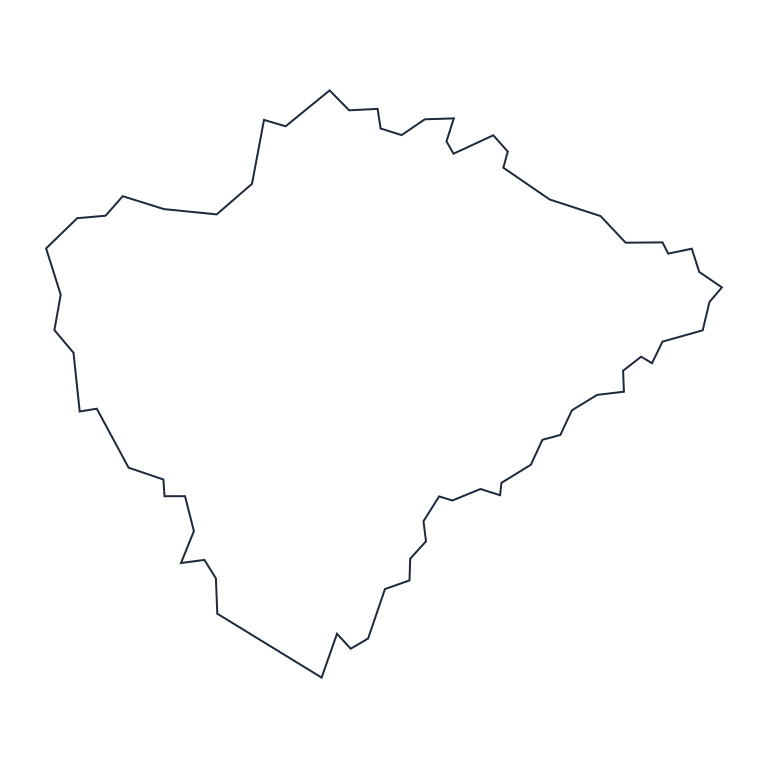 Knox, Kentucky, United States of America (Natural Earth projection)
{"feature_id": "52423323B87116979196195", "entity_name": "Knox", "entity_type": "district", "adm_level": 2, "iso_a3": "USA", "parent_name": "United States of America", "parent_adm1": "Kentucky", "projection": "natural_earth1", "projection_center": [-83.823, 36.871], "detail": "fine", "context": "isolated", "style": "outline", "palette": "slate", "viewbox_px": 768, "rotation_deg": 0, "n_neighbors": 0, "source": "geoboundaries", "source_scale": "gbopen_adm2", "svg_char_len": 959}
<svg xmlns="http://www.w3.org/2000/svg" viewBox="0 0 768 768"><path d="M321.6,677.6L337.0,633.8L350.7,648.7L368.1,638.5L385.0,589.0L409.5,580.4L410.2,558.7L426.0,541.3L423.5,521.2L439.1,496.4L452.4,500.5L480.4,489.0L500.1,495.2L501.4,482.9L530.9,464.7L542.4,439.8L560.4,434.9L571.9,410.3L597.1,394.9L623.9,391.7L623.1,370.7L641.1,356.7L652.0,363.2L662.5,341.6L702.7,330.3L709.5,301.9L721.9,287.4L699.2,271.9L691.8,248.7L668.2,253.6L662.5,242.4L625.6,242.7L600.6,216.1L549.7,199.5L503.3,167.7L507.8,151.6L493.3,135.3L453.5,153.7L446.5,141.4L453.8,118.4L424.8,119.3L401.6,135.1L380.6,128.5L377.6,108.9L349.1,110.3L329.6,90.4L285.6,126.3L264.0,119.9L252.0,183.8L216.7,214.4L163.9,209.1L122.7,196.2L105.6,215.7L77.2,218.2L46.1,248.4L60.7,294.7L54.4,330.1L73.5,352.8L79.7,411.5L96.8,408.7L128.6,467.7L163.4,479.5L164.5,496.2L185.0,496.2L193.9,531.1L181.0,563.0L204.4,559.9L215.9,578.4L217.3,613.7L321.6,677.6Z" fill="none" stroke="#1e293b" stroke-width="2"/></svg>